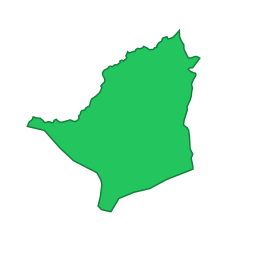 outline of Fronteiras, Piauí, Brazil, rotated 338°
{"feature_id": "56859067B86555367921945", "entity_name": "Fronteiras", "entity_type": "district", "adm_level": 2, "iso_a3": "BRA", "parent_name": "Brazil", "parent_adm1": "Piauí", "projection": "orthographic", "projection_center": [-40.578, -7.082], "detail": "fine", "context": "isolated", "style": "filled", "palette": "green", "viewbox_px": 256, "rotation_deg": 338, "n_neighbors": 0, "source": "geoboundaries", "source_scale": "gbopen_adm2", "svg_char_len": 1911}
<svg xmlns="http://www.w3.org/2000/svg" viewBox="0 0 256 256"><g transform="rotate(338 128 128)"><path d="M79.1,198.1L80.9,199.2L93.2,189.9L94.7,189.9L109.3,189.8L125.7,192.3L127.8,192.0L143.8,190.3L148.2,190.2L172.8,190.5L173.8,187.5L174.4,184.6L175.2,179.6L178.2,176.7L177.8,170.4L182.0,158.3L183.3,152.7L182.9,149.7L181.0,147.0L180.8,145.6L182.9,141.9L190.1,133.0L190.5,130.5L196.0,125.4L198.3,122.6L200.6,118.3L202.7,115.1L203.2,111.3L206.9,107.4L209.1,105.8L210.7,104.4L211.2,102.7L209.7,101.5L208.7,100.5L207.2,99.0L205.7,96.3L207.6,95.3L210.4,96.3L211.8,95.6L217.8,92.0L220.7,90.2L218.7,87.5L216.5,86.8L212.6,86.7L210.1,85.6L209.4,76.1L210.9,71.6L210.1,67.9L210.0,62.9L212.1,56.8L207.9,59.0L204.3,60.6L200.5,60.9L198.3,60.1L198.3,57.9L196.3,57.8L194.5,57.5L193.3,58.1L191.7,60.1L190.2,60.2L188.4,60.6L185.8,62.3L184.8,64.0L182.9,63.6L180.9,64.6L178.8,64.0L176.9,63.2L175.9,61.3L173.1,58.2L171.3,59.2L168.7,59.0L166.7,57.8L164.5,58.3L163.4,59.7L161.9,59.1L159.1,59.1L156.8,58.6L156.2,57.2L154.5,59.1L153.1,60.4L153.3,62.1L151.8,63.4L150.3,63.6L148.8,64.3L147.9,62.9L145.6,62.9L145.1,64.5L143.1,64.8L141.9,65.5L140.1,64.7L138.8,64.5L136.7,65.3L135.2,64.3L133.5,63.9L131.4,65.2L127.7,65.5L125.5,66.8L124.7,68.0L124.5,70.6L124.8,73.3L124.4,75.4L123.1,76.8L120.1,78.0L118.5,79.1L118.9,80.8L116.8,82.9L115.2,84.4L113.7,85.2L108.2,87.0L105.4,87.4L103.4,89.2L100.7,93.1L99.1,93.3L96.4,93.6L94.6,95.2L91.8,94.5L90.5,95.2L88.7,97.7L86.7,98.3L86.3,100.7L84.5,101.8L81.8,102.3L79.8,101.2L77.6,98.9L69.0,98.0L66.9,97.0L65.5,94.8L64.6,93.0L62.4,93.3L60.8,94.9L59.2,94.6L57.7,92.8L55.8,92.2L54.1,92.3L52.6,91.5L51.8,88.9L50.2,86.0L47.3,84.7L44.2,82.2L42.9,83.9L41.3,84.7L38.8,85.3L35.3,88.8L49.6,98.9L52.0,105.8L53.7,110.7L57.7,121.7L65.2,137.8L75.1,149.3L76.3,150.8L78.8,153.5L82.5,157.9L83.4,165.6L82.9,170.0L76.6,181.4L71.1,189.1L72.8,193.7L79.1,198.1Z" fill="#22c55e" stroke="#15803d" stroke-width="1.5"/></g></svg>